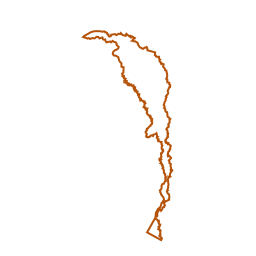 outline of Nhamundá, Amazonas, Brazil, rotated 209°
{"feature_id": "56859067B20475457362782", "entity_name": "Nhamundá", "entity_type": "district", "adm_level": 2, "iso_a3": "BRA", "parent_name": "Brazil", "parent_adm1": "Amazonas", "projection": "robinson", "projection_center": [-57.83, -1.081], "detail": "fine", "context": "isolated", "style": "outline", "palette": "amber", "viewbox_px": 256, "rotation_deg": 209, "n_neighbors": 0, "source": "geoboundaries", "source_scale": "gbopen_adm2", "svg_char_len": 5856}
<svg xmlns="http://www.w3.org/2000/svg" viewBox="0 0 256 256"><g transform="rotate(209 128 128)"><path d="M82.5,112.9L81.3,113.2L81.0,112.6L80.2,112.6L80.0,111.7L79.0,111.6L78.8,110.7L78.1,110.5L78.1,109.8L77.7,110.0L77.0,108.8L76.0,108.3L74.7,106.0L73.2,105.8L72.6,104.5L70.9,103.4L70.8,102.2L70.5,101.8L70.8,101.8L70.2,100.9L69.8,100.8L69.7,100.1L69.3,99.8L69.8,99.2L69.7,96.5L70.1,96.4L70.8,95.3L70.7,93.7L69.9,92.6L69.3,90.8L69.9,88.8L69.1,88.4L68.7,87.4L68.0,87.2L66.7,85.8L66.0,85.8L65.1,85.1L63.5,84.6L61.9,83.0L61.8,80.1L62.3,78.3L62.0,78.0L61.6,76.1L61.5,74.1L62.5,71.9L62.4,67.4L62.0,66.0L61.2,65.7L61.2,64.2L60.6,63.2L60.7,46.0L44.7,46.0L44.7,47.0L45.1,47.3L44.9,47.9L45.4,48.3L48.2,48.7L48.3,49.2L47.7,50.1L47.9,50.5L48.3,50.3L49.2,52.5L49.8,53.0L49.7,54.0L50.1,54.4L51.3,54.1L51.6,54.6L52.5,54.3L52.6,55.7L53.5,56.3L53.4,56.8L52.6,57.1L53.0,59.2L53.9,59.0L55.0,59.5L55.4,61.0L56.1,61.8L56.6,61.1L58.0,62.0L59.8,62.0L60.4,62.5L60.5,64.4L60.4,65.0L59.8,65.0L59.8,65.5L61.2,67.8L61.1,71.9L60.6,72.5L59.0,71.6L58.7,73.6L59.2,75.2L58.1,76.3L58.4,76.8L58.1,78.2L60.7,80.0L59.6,81.5L59.9,82.0L58.2,83.7L57.3,85.2L58.0,85.8L57.9,86.8L59.5,89.4L60.1,89.9L61.5,90.0L63.3,91.5L63.0,92.6L63.5,92.5L64.0,95.5L64.7,96.4L64.9,97.8L68.4,102.6L68.3,104.1L69.0,104.9L68.0,105.1L67.4,106.1L68.3,106.5L69.2,109.1L68.9,110.4L70.0,111.6L68.7,112.2L69.0,112.7L70.4,112.8L71.5,114.6L72.4,115.3L73.0,117.2L74.7,117.3L75.4,118.7L76.6,119.4L75.7,122.4L76.2,122.9L78.0,123.5L79.3,122.6L80.2,123.6L79.9,124.2L80.6,124.8L81.0,126.0L81.2,127.2L80.7,127.7L81.2,129.6L80.8,129.9L81.7,131.7L81.9,133.2L84.5,133.7L85.2,133.1L85.6,133.4L85.5,134.4L86.1,134.5L86.4,133.6L87.5,133.4L88.1,133.6L88.1,134.3L88.6,134.9L89.1,134.8L89.4,135.7L89.0,136.0L89.3,137.8L88.9,138.4L88.7,139.5L89.1,140.0L89.5,139.9L89.7,140.3L89.4,140.7L90.0,141.6L90.2,142.7L91.0,142.6L91.7,144.3L93.1,145.3L93.7,145.3L93.9,145.7L93.9,146.7L93.1,148.3L93.6,148.9L93.3,149.7L94.7,151.0L94.2,152.7L95.5,155.2L95.4,156.2L96.2,156.0L96.8,157.0L98.9,157.1L101.4,160.8L102.0,160.5L103.2,160.7L104.0,161.4L104.2,162.3L105.2,162.9L106.2,163.0L106.1,164.2L107.0,165.1L107.9,165.3L108.5,168.6L108.6,170.8L109.2,171.6L109.2,173.7L110.3,174.1L110.0,175.8L109.7,176.2L109.7,177.6L110.1,178.7L111.1,179.4L111.3,179.9L111.6,183.1L111.0,184.1L111.2,184.5L111.7,184.5L111.8,185.9L112.2,186.2L112.6,186.0L113.1,186.2L113.9,187.6L115.7,187.0L116.5,188.1L116.7,189.1L117.5,189.6L118.1,189.3L118.6,190.2L118.5,191.6L119.4,193.4L122.3,196.8L123.5,196.5L124.4,197.7L127.1,198.7L127.7,201.0L129.2,200.9L129.7,200.2L130.2,200.8L130.6,200.5L131.2,201.3L132.6,201.5L133.2,202.4L133.0,203.4L134.4,203.6L135.4,205.3L137.1,204.3L138.0,204.5L138.4,204.2L139.0,204.9L139.9,204.8L140.9,207.3L148.7,205.4L149.9,207.2L151.0,207.9L151.8,206.6L152.5,206.3L153.0,204.8L153.5,204.3L155.1,204.5L156.7,204.3L159.7,205.8L160.8,207.1L163.9,207.3L165.4,206.4L166.1,207.0L166.7,206.6L166.3,208.1L166.7,209.1L165.7,209.5L165.6,210.0L169.1,210.0L169.4,209.6L169.2,208.7L169.4,208.5L170.1,208.7L170.1,209.6L170.4,209.8L170.9,209.7L171.8,208.9L175.1,209.6L175.1,208.8L174.6,207.8L174.8,207.4L178.0,206.7L180.3,207.5L180.3,206.5L182.0,205.8L183.1,203.6L184.8,203.9L187.9,201.4L187.6,199.9L188.7,198.9L190.0,199.3L190.4,200.3L191.5,200.0L192.5,201.1L194.0,201.0L194.8,200.0L194.5,200.8L195.7,201.0L197.0,199.8L199.1,199.2L202.4,197.5L204.8,196.0L206.9,193.8L211.1,187.0L211.3,185.7L208.8,186.4L206.6,186.6L206.0,187.5L205.5,187.7L204.3,187.5L202.8,189.4L200.7,190.1L199.6,192.6L198.1,193.2L196.4,192.5L194.3,194.8L192.7,193.4L191.8,193.6L190.9,194.4L189.3,192.8L188.3,192.5L186.0,194.7L185.4,195.0L184.4,194.7L183.6,196.8L182.4,196.5L180.1,197.0L178.8,196.3L178.5,195.3L178.0,195.0L175.7,194.6L175.3,194.1L175.2,192.6L176.1,190.8L177.2,189.6L177.8,187.6L177.5,185.9L176.9,185.1L175.3,184.6L173.9,185.3L170.9,185.3L168.3,182.6L166.9,181.9L165.3,181.6L163.4,178.4L161.3,179.0L158.9,174.2L159.5,172.6L158.4,171.8L158.2,170.7L157.4,170.6L156.7,171.4L155.9,169.7L154.1,170.0L154.2,169.1L153.5,168.6L154.3,167.8L153.8,166.9L153.5,167.6L152.7,167.0L152.0,167.9L151.9,166.5L150.4,167.4L149.5,167.0L149.7,165.9L148.9,165.6L148.9,166.6L148.5,167.1L148.1,166.5L147.1,166.2L146.5,167.7L146.2,167.7L145.2,166.8L144.3,166.7L144.4,167.3L143.8,168.0L142.7,166.6L141.5,167.1L141.3,166.6L142.0,165.5L141.2,165.3L141.1,164.3L140.5,164.1L140.0,165.2L139.3,165.2L139.1,165.0L139.4,164.3L139.1,163.6L137.3,164.4L137.1,163.2L135.9,162.9L135.6,162.2L134.5,163.0L134.3,162.6L134.7,161.5L133.7,161.2L133.5,160.3L133.0,160.0L131.6,159.9L131.3,159.5L130.8,159.7L130.6,159.5L131.1,158.5L130.5,157.9L129.4,158.9L128.9,158.7L127.9,159.0L127.2,158.5L127.1,159.0L126.3,159.3L125.4,158.1L124.8,158.0L125.2,156.9L124.6,155.8L124.4,153.8L123.5,154.3L122.8,153.7L122.4,154.1L121.9,153.7L120.8,154.2L121.2,152.7L120.0,152.8L119.7,151.9L119.1,151.5L119.1,150.7L118.6,150.4L118.5,149.8L115.5,148.9L115.1,149.5L114.3,149.0L113.8,149.2L113.5,148.7L113.8,147.8L112.6,147.4L111.7,147.8L111.2,147.6L111.4,146.2L110.4,145.9L110.6,145.0L109.4,144.5L109.0,143.0L109.6,142.1L109.7,141.4L109.3,140.8L110.1,139.5L110.3,137.5L110.5,137.0L110.8,137.1L111.1,136.6L110.9,135.4L110.3,134.9L110.8,133.4L110.2,132.4L108.9,132.1L108.3,131.4L108.4,130.1L108.0,129.4L107.2,129.1L106.3,129.8L105.8,129.6L104.7,130.8L104.7,131.9L104.4,132.4L104.0,132.9L102.3,133.1L102.6,134.5L101.1,135.9L100.6,137.2L98.7,135.3L98.3,134.1L97.8,134.4L97.9,133.4L97.1,133.3L96.3,132.4L95.9,132.6L96.0,131.9L95.2,131.1L94.0,131.7L93.1,131.5L91.9,132.0L91.7,131.2L91.0,130.8L90.9,130.1L89.6,129.5L89.8,129.0L89.3,128.3L89.3,127.4L87.9,125.6L87.1,125.5L86.8,125.9L85.9,124.7L86.3,123.8L86.1,123.5L86.1,122.7L86.9,121.9L86.5,121.0L86.0,120.7L85.3,119.4L84.8,119.1L84.7,117.7L85.0,117.1L84.5,116.9L85.6,116.5L85.5,116.1L85.2,115.3L84.2,114.7L83.8,114.8L83.7,115.3L82.4,113.9L82.5,112.9Z" fill="none" stroke="#b45309" stroke-width="2"/></g></svg>